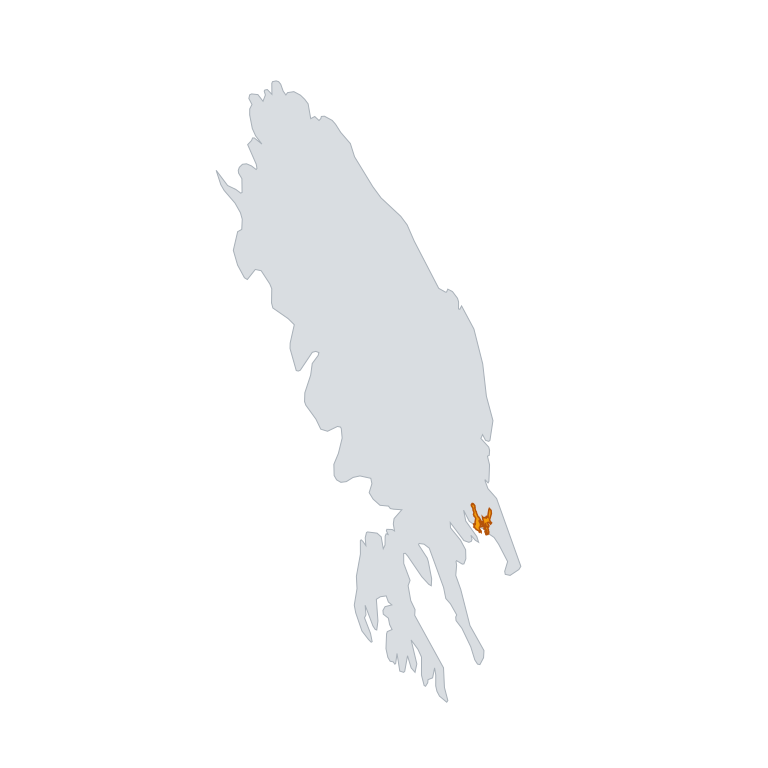 Reykjavíkurborg, Reykjavík, Iceland shown in context, rotated 252°
{"feature_id": "244011B48219786980381", "entity_name": "Reykjavíkurborg", "entity_type": "district", "adm_level": 2, "iso_a3": "ISL", "parent_name": "Iceland", "parent_adm1": "Reykjavík", "projection": "equal_earth", "projection_center": [-21.784, 64.152], "detail": "fine", "context": "in_parent", "style": "filled", "palette": "amber", "viewbox_px": 768, "rotation_deg": 252, "n_neighbors": 0, "source": "geoboundaries", "source_scale": "gbopen_adm2", "svg_char_len": 8744}
<svg xmlns="http://www.w3.org/2000/svg" viewBox="0 0 768 768"><g transform="rotate(252 384 384)"><path d="M584.5,300.1L591.2,300.4L602.1,298.2L617.4,291.8L624.0,290.4L639.1,290.4L621.1,296.6L614.7,303.3L609.8,306.7L610.0,308.2L623.2,312.3L629.4,310.9L632.2,311.4L634.8,313.4L636.7,317.3L635.9,321.3L632.4,325.3L627.5,328.7L628.3,329.8L632.5,330.4L653.8,328.3L656.5,333.3L658.6,335.0L658.1,336.7L649.9,342.0L659.7,338.6L667.6,337.7L681.4,339.4L687.1,341.3L690.6,344.8L697.3,343.7L700.5,345.6L700.8,347.7L698.2,353.5L690.3,356.3L695.5,360.5L699.6,360.6L700.4,361.5L700.1,364.0L694.1,366.9L704.6,370.2L706.0,371.4L705.6,375.1L704.1,377.2L701.0,378.4L693.7,378.6L689.2,380.0L690.9,382.3L689.9,388.6L684.5,393.8L679.2,396.6L673.9,398.4L659.0,396.3L659.8,400.8L654.7,403.6L655.9,405.9L657.8,407.1L657.1,410.1L650.7,416.2L646.0,418.2L636.6,420.6L623.1,426.3L609.2,426.2L575.2,434.3L561.9,438.7L538.2,451.8L528.1,455.2L510.6,456.9L458.1,465.6L452.4,470.8L452.1,471.9L454.5,474.0L450.7,477.7L442.8,480.4L439.0,480.3L432.4,478.1L431.6,479.2L434.3,481.9L408.5,486.5L372.6,484.1L340.7,477.6L315.5,476.3L297.6,467.3L297.1,465.9L299.0,463.2L305.4,462.1L302.3,459.3L291.6,464.1L288.2,463.9L283.6,462.0L283.4,460.1L274.5,459.4L259.0,453.7L257.8,452.4L261.5,450.6L260.8,450.2L252.4,450.5L240.3,455.7L168.3,457.8L165.9,455.0L163.0,444.8L165.5,440.5L168.5,440.9L176.9,446.7L196.2,443.5L204.0,441.3L211.2,435.8L215.4,434.0L221.3,427.0L227.1,422.7L239.4,420.7L228.4,419.4L210.3,425.1L204.2,425.1L207.1,422.6L213.3,419.9L209.0,419.7L207.4,418.4L207.2,415.8L210.4,411.6L231.8,404.2L226.7,402.8L211.9,408.5L201.1,410.4L192.4,407.8L188.2,404.4L188.5,402.8L193.6,398.4L192.8,397.6L189.3,397.1L179.8,393.1L164.8,393.5L127.7,391.1L99.6,396.7L92.9,394.1L87.5,388.5L88.7,386.4L93.6,385.1L107.3,385.3L127.5,382.6L136.7,379.4L140.2,380.2L141.9,381.8L154.3,379.3L160.9,376.5L172.1,377.8L213.9,376.3L219.3,372.6L221.5,368.1L220.5,367.2L205.2,371.3L201.7,371.3L183.9,369.1L177.5,366.6L179.6,364.7L189.0,360.4L213.0,353.4L216.4,352.0L216.7,350.3L207.2,347.3L189.2,348.1L184.7,344.6L169.7,342.5L159.8,343.8L154.5,341.7L95.7,352.9L76.7,347.7L63.2,346.9L62.0,345.3L70.0,340.3L75.5,339.4L80.9,339.9L91.2,343.3L98.4,344.4L89.5,339.4L89.2,334.5L86.4,333.3L83.7,330.1L84.9,329.0L95.6,329.7L112.7,335.3L121.2,334.3L132.2,330.7L107.6,328.7L100.2,324.4L105.6,322.1L118.3,322.4L104.3,314.9L103.7,313.6L106.1,310.3L123.7,313.1L114.5,308.7L114.2,307.7L116.9,306.9L118.4,304.2L122.8,303.2L131.7,304.1L145.5,309.2L147.5,310.6L148.0,315.8L153.4,315.0L159.9,315.8L165.3,312.2L169.0,313.0L171.9,316.2L171.5,323.2L175.3,320.8L181.8,320.6L182.8,314.8L181.6,310.2L160.5,305.0L152.3,301.1L153.3,299.8L157.4,298.7L179.4,297.7L170.0,295.5L167.7,293.2L151.0,294.1L142.6,293.1L142.4,292.0L145.8,290.3L155.9,286.7L175.1,286.4L182.9,287.4L197.7,295.1L209.6,298.3L229.5,309.0L242.3,313.1L242.9,314.1L240.8,315.3L235.9,316.8L243.5,318.6L248.1,321.4L248.4,322.6L244.3,331.3L239.5,334.1L227.6,332.4L230.5,335.2L238.9,338.1L240.9,339.8L239.6,341.4L243.6,340.9L244.9,341.8L243.1,346.8L241.0,348.6L248.0,349.6L252.9,352.0L258.9,362.1L262.0,354.4L263.6,351.5L266.5,350.5L269.9,342.7L277.8,338.1L285.2,336.3L292.9,341.7L298.4,342.3L304.0,332.7L304.7,325.7L302.8,318.0L303.8,312.6L307.5,309.3L312.4,308.3L323.1,311.5L332.1,319.2L345.5,327.5L354.8,329.6L356.5,329.3L358.0,326.6L356.5,315.7L360.6,309.9L371.6,308.4L388.0,303.1L391.8,303.0L400.1,306.0L415.1,317.0L425.7,322.1L431.5,330.2L434.0,331.8L436.1,329.2L436.3,325.6L423.0,308.7L422.8,306.5L423.9,304.7L446.8,305.6L451.9,307.4L468.1,317.0L475.7,313.1L490.6,301.8L495.9,302.1L509.3,306.7L514.5,306.3L529.7,302.2L532.7,297.0L525.6,286.3L528.2,284.1L542.3,281.5L557.7,282.0L574.1,291.9L575.0,296.5L584.5,300.1Z" fill="#d9dde1" stroke="#a8b0b8" stroke-width="1"/><path d="M242.7,430.4L242.4,430.3L242.5,430.1L242.3,429.8L241.2,429.5L239.3,430.0L239.0,430.0L238.8,430.2L238.4,430.3L238.1,430.1L236.2,429.7L234.8,429.9L234.0,429.8L233.7,429.7L232.3,428.8L231.4,428.9L230.6,428.8L230.5,429.1L230.3,429.3L229.3,429.4L228.2,429.7L227.9,429.7L225.8,428.6L224.9,428.2L224.6,427.9L224.3,427.8L223.2,427.8L222.7,427.6L222.9,427.4L222.9,427.2L222.4,427.0L223.2,426.5L223.2,426.1L222.1,426.1L221.7,426.0L221.8,425.9L221.7,425.9L221.4,426.0L220.7,425.8L220.4,426.0L220.0,425.9L219.9,425.7L220.0,425.6L220.2,425.4L220.3,425.3L220.9,425.1L220.7,425.1L220.4,425.1L220.2,425.3L219.8,425.4L219.7,425.6L219.4,425.7L219.3,425.9L218.8,426.1L218.7,426.2L218.5,426.4L217.8,426.5L217.6,426.6L217.2,426.7L217.2,426.9L216.9,427.0L216.7,427.2L216.7,427.3L215.9,427.9L215.6,428.4L215.0,428.7L214.6,429.0L214.7,429.3L214.4,429.8L213.8,429.9L213.3,429.8L213.0,429.8L213.6,429.9L214.0,430.2L213.2,430.3L212.8,430.5L213.0,430.6L213.4,430.8L213.7,430.8L213.8,430.6L214.0,430.6L214.4,430.7L214.4,430.8L214.7,430.8L215.4,430.5L215.4,430.3L215.7,430.2L216.3,430.1L216.5,430.2L216.8,430.1L217.2,430.1L218.1,430.4L218.3,430.6L218.4,430.9L218.6,431.1L218.2,431.8L218.0,432.0L217.7,432.0L218.3,432.2L219.4,431.9L220.0,432.0L220.5,432.3L221.5,432.5L224.1,432.1L224.6,432.2L224.8,432.4L224.7,432.5L224.2,432.5L224.3,432.6L224.2,432.7L222.8,432.7L222.9,432.8L222.6,433.0L221.9,432.9L221.2,433.0L221.8,433.6L221.5,433.7L221.1,434.1L220.7,434.2L220.8,434.3L221.2,434.5L221.4,434.4L221.5,434.2L222.4,434.3L223.3,434.2L223.5,434.0L224.2,433.8L224.8,433.8L226.1,433.5L227.1,433.3L227.4,433.1L228.0,433.1L228.1,432.9L228.2,432.7L228.7,432.6L229.1,432.4L230.0,432.3L230.9,432.3L231.1,432.2L231.8,432.2L232.3,432.0L233.2,432.2L233.9,432.3L234.3,432.1L234.5,432.1L234.9,432.0L235.2,432.0L235.4,431.9L237.1,432.1L237.9,432.0L238.2,432.1L238.2,432.3L238.3,432.4L238.6,432.5L239.0,432.5L239.8,432.7L240.1,432.6L240.4,432.6L240.5,432.7L240.8,432.5L240.7,432.5L240.9,432.5L241.4,432.4L241.5,432.3L241.8,432.2L241.7,432.1L242.0,432.0L242.0,431.9L242.5,431.6L242.9,431.5L243.0,431.3L242.8,431.1L242.7,431.0L242.5,430.9L242.9,430.6L242.7,430.4ZM222.5,435.0L221.2,435.7L220.6,435.6L220.0,435.6L219.8,435.6L220.0,435.4L219.9,435.3L220.4,435.3L220.5,435.1L220.4,435.0L220.5,434.9L219.1,434.4L218.2,434.5L218.1,434.4L217.8,434.6L217.9,434.8L218.3,435.0L219.9,435.4L219.9,435.5L219.7,435.6L218.5,435.8L218.4,435.7L218.2,435.7L218.2,435.8L217.9,436.0L218.2,436.1L217.9,436.4L217.7,436.5L218.1,437.0L218.4,437.0L218.6,437.1L219.9,437.4L219.7,437.6L218.7,437.4L218.5,437.1L218.2,437.2L217.8,437.1L217.7,437.1L217.4,437.3L217.2,437.2L217.1,437.3L217.1,437.6L216.8,437.7L217.1,437.6L217.2,437.4L216.8,437.4L216.7,437.7L217.1,437.2L216.8,437.1L216.6,437.4L216.7,437.1L217.0,437.1L217.1,436.5L217.0,436.3L216.4,436.0L215.9,436.2L215.7,436.0L216.0,435.9L215.4,435.6L215.5,435.5L215.3,435.6L215.2,435.7L214.2,435.8L214.1,436.0L213.7,436.2L212.5,436.3L211.5,436.0L211.5,435.9L211.4,435.9L211.5,436.0L211.3,436.0L211.2,435.9L211.3,436.0L211.1,436.1L210.7,436.0L211.0,435.9L210.7,435.9L210.4,435.9L210.6,435.8L210.8,435.7L210.9,435.8L211.0,435.8L210.9,435.7L211.1,435.7L211.4,435.9L211.1,435.5L211.1,435.4L211.6,435.4L211.0,435.3L210.6,435.4L210.6,435.5L210.0,435.7L210.1,435.8L209.8,435.9L209.1,436.0L208.5,436.0L208.3,436.0L208.8,436.2L208.8,436.4L209.0,436.5L209.4,436.7L209.6,437.1L209.8,437.2L209.8,437.5L210.2,437.6L210.4,437.8L210.8,437.8L211.1,438.0L211.6,438.0L212.9,438.0L213.2,438.1L213.3,438.3L213.7,438.2L216.5,438.3L216.5,438.5L216.6,438.8L216.4,438.9L216.4,439.0L215.6,439.1L215.8,439.5L217.2,440.1L218.5,439.6L220.0,439.6L220.3,439.5L220.3,439.8L219.7,439.8L220.2,440.5L220.1,441.0L219.6,441.3L219.3,441.5L217.8,442.1L218.7,443.4L219.7,442.9L222.0,442.3L227.6,446.1L230.7,446.8L233.1,445.7L232.1,444.9L227.6,442.6L225.1,441.8L226.6,440.9L226.9,440.8L227.0,440.8L226.6,440.6L225.2,440.2L224.9,439.9L225.2,439.7L225.4,439.5L226.5,439.3L225.4,439.0L226.2,437.2L226.3,437.2L226.3,436.9L227.1,436.6L224.8,436.2L224.0,436.2L222.7,436.2L222.2,435.8L222.3,435.8L222.3,435.7L222.6,435.5L222.6,435.4L222.6,435.2L222.5,435.0ZM215.0,434.3L214.9,434.4L215.1,434.6L215.9,434.8L215.6,435.2L216.3,435.4L216.4,435.6L216.7,435.6L216.9,435.7L217.4,435.7L217.5,435.5L217.3,435.4L216.0,434.8L216.1,434.6L215.8,434.4L215.0,434.3ZM219.8,433.6L219.7,433.6L220.0,433.8L219.8,434.0L220.2,434.1L220.3,433.9L220.8,433.8L220.6,433.7L219.8,433.6ZM213.0,435.1L212.9,434.8L212.5,434.4L212.0,434.3L211.8,434.4L212.0,434.5L212.7,434.9L212.7,435.0L213.0,435.1ZM209.7,434.5L209.4,434.4L209.2,434.5L209.3,434.6L209.7,434.6L209.6,434.8L209.8,434.8L209.7,434.6L209.8,434.5L209.7,434.5ZM213.6,428.9L213.3,428.9L213.0,429.1L213.5,429.0L213.6,428.9ZM217.6,433.5L217.3,433.5L217.7,433.6L217.6,433.5ZM210.1,435.3L210.0,435.1L210.0,435.3L209.9,435.3L210.0,435.4L210.1,435.3ZM221.9,435.2L221.7,435.1L221.7,435.3L221.9,435.2ZM214.3,430.9L214.2,430.9L214.3,430.9L214.3,430.9ZM208.4,437.6L208.5,437.7L208.4,437.6Z" fill="#f59e0b" stroke="#b45309" stroke-width="1.5"/></g></svg>